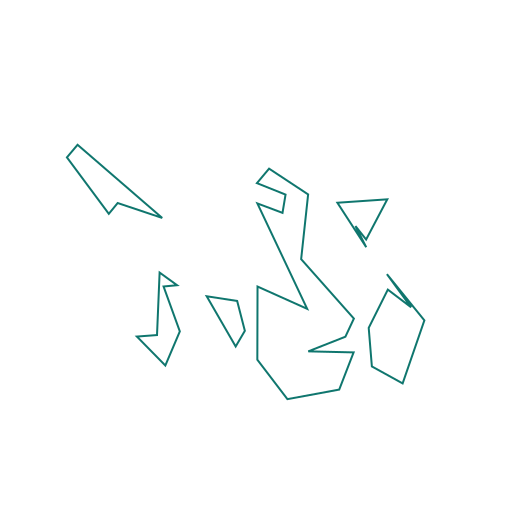 the border of Orkney, rotated 243°
{"feature_id": "GBR-2744", "entity_name": "Orkney", "entity_type": "Unitary District", "adm_level": 1, "iso_a3": "GBR", "parent_name": "United Kingdom", "parent_adm1": "", "projection": "robinson", "projection_center": [-2.916, 59.046], "detail": "coarse", "context": "isolated", "style": "outline", "palette": "teal", "viewbox_px": 512, "rotation_deg": 243, "n_neighbors": 0, "source": "natural_earth", "source_scale": "10m", "svg_char_len": 769}
<svg xmlns="http://www.w3.org/2000/svg" viewBox="0 0 512 512"><g transform="rotate(243 256 256)"><path d="M320.5,289.9L327.9,307.3L287.2,330.4L232.7,294.8L155.8,314.8L143.5,299.0L147.3,259.3L125.8,299.2L99.2,269.5L114.2,219.0L163.0,210.1L228.1,243.5L185.7,277.6L302.2,281.1L282.4,299.2L297.3,310.2L320.5,289.9ZM139.9,370.9L180.4,364.4L122.2,376.8L75.9,328.8L105.0,309.1L140.8,323.8L166.2,358.2L139.9,370.9ZM360.4,144.0L429.7,132.3L436.1,147.5L332.5,189.7L366.0,156.8L360.4,144.0ZM223.4,153.9L199.6,125.5L238.3,113.3L230.5,131.9L285.0,162.6L265.8,172.4L270.8,159.8L223.4,153.9ZM213.8,358.2L266.5,352.7L246.9,398.7L220.7,361.6L237.5,358.2L213.8,358.2ZM224.5,218.8L194.4,212.1L184.6,196.8L242.5,193.8L224.5,218.8Z" fill="none" stroke="#0f766e" stroke-width="2"/></g></svg>